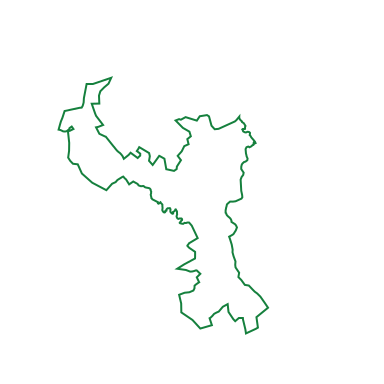 Wudil, Kano, Nigeria, rotated 145°
{"feature_id": "59680162B14541309037731", "entity_name": "Wudil", "entity_type": "district", "adm_level": 2, "iso_a3": "NGA", "parent_name": "Nigeria", "parent_adm1": "Kano", "projection": "natural_earth1", "projection_center": [8.871, 11.763], "detail": "fine", "context": "isolated", "style": "outline", "palette": "green", "viewbox_px": 384, "rotation_deg": 145, "n_neighbors": 0, "source": "geoboundaries", "source_scale": "gbopen_adm2", "svg_char_len": 5480}
<svg xmlns="http://www.w3.org/2000/svg" viewBox="0 0 384 384"><g transform="rotate(145 192 192)"><path d="M196.1,53.6L196.0,59.7L196.0,61.8L196.0,67.1L196.8,71.5L197.8,74.4L198.3,77.4L199.1,82.8L202.0,85.6L202.1,91.7L202.8,95.6L202.5,96.0L199.7,98.8L199.6,105.2L198.4,107.5L196.2,110.2L194.8,115.5L193.4,119.4L191.8,121.4L189.6,126.2L187.7,132.2L187.2,134.1L184.4,133.8L182.3,133.7L178.2,135.4L175.5,137.2L175.1,139.5L175.2,140.9L176.1,143.1L176.8,144.8L176.1,146.0L175.9,146.8L175.8,147.6L175.8,148.5L176.0,149.6L176.5,151.5L176.7,153.1L176.6,154.0L176.2,155.0L176.4,155.7L174.8,157.9L174.0,158.6L172.8,159.8L172.2,160.2L170.5,161.8L168.5,162.1L166.3,162.3L164.1,160.7L161.6,159.4L155.3,158.2L153.8,158.8L152.6,160.9L151.0,164.7L148.5,168.7L145.1,174.2L142.8,175.8L140.3,176.6L138.6,178.2L138.5,182.6L137.1,184.5L135.5,185.9L134.3,186.4L132.2,186.7L130.7,186.2L128.5,186.3L127.3,187.5L126.8,189.9L126.2,191.2L125.7,192.6L123.5,196.4L121.7,197.4L120.6,197.2L119.7,196.8L119.3,195.7L117.4,195.4L116.4,195.5L115.5,195.7L115.0,195.4L114.6,195.4L113.8,195.7L113.6,196.7L113.0,197.1L112.6,196.6L112.3,195.7L111.9,195.6L111.8,196.0L111.6,196.9L111.7,198.8L112.1,202.7L111.9,204.7L112.1,205.5L111.4,206.2L110.6,207.1L110.7,208.1L111.7,209.3L112.1,209.5L113.0,209.7L113.6,209.8L114.4,210.5L115.0,211.6L115.3,212.3L115.2,212.9L114.9,213.5L114.9,214.4L114.3,214.5L113.7,214.2L113.1,213.6L112.4,213.3L112.2,213.5L111.2,214.9L110.3,215.4L110.1,218.6L110.9,220.6L110.6,221.1L110.8,222.0L111.0,223.0L111.1,224.1L110.9,225.1L110.5,226.1L110.1,226.6L114.5,225.4L116.4,225.2L133.5,228.4L134.2,228.6L137.4,230.4L138.0,235.1L134.7,244.2L135.6,246.4L142.2,249.6L147.1,247.7L147.4,248.1L154.3,257.0L159.6,257.6L159.9,257.9L160.8,259.1L164.4,260.0L162.7,249.8L159.5,242.9L161.0,238.3L165.5,238.0L167.4,233.1L172.0,234.0L177.1,231.2L183.0,229.8L182.8,224.4L189.8,221.5L191.4,219.6L194.6,219.6L199.7,225.1L200.0,225.4L195.5,235.1L197.9,240.1L198.1,240.4L208.4,236.8L208.7,236.7L209.3,242.2L206.0,245.5L204.8,248.5L208.9,257.7L209.5,259.0L210.7,258.4L211.5,258.0L213.7,257.2L212.4,253.1L213.6,251.5L214.6,251.4L216.0,251.2L217.0,251.0L219.8,259.4L222.6,258.7L228.8,258.3L228.3,261.2L228.4,263.4L228.7,265.4L229.2,266.7L229.7,268.9L229.9,271.3L230.0,273.5L230.1,274.1L230.9,286.8L231.3,287.2L234.5,292.8L233.5,300.0L231.4,299.1L226.4,297.9L226.9,309.4L226.3,312.0L223.5,321.8L217.2,317.6L212.9,324.3L209.3,327.1L203.8,328.1L198.3,328.6L192.7,331.9L206.1,335.8L211.2,337.3L216.4,340.9L226.7,330.9L229.4,327.5L230.7,326.4L232.1,325.3L234.0,324.4L235.7,325.4L249.9,331.4L255.6,327.1L258.9,325.0L261.4,323.0L265.5,319.6L264.2,318.2L263.2,316.4L262.8,315.6L262.2,315.1L261.5,314.5L260.8,314.1L260.4,313.9L259.5,313.7L258.0,313.8L256.9,313.7L255.7,314.6L253.0,314.6L253.0,311.6L256.9,312.2L256.8,312.9L258.0,312.9L259.0,312.5L264.4,302.7L269.1,296.2L273.7,291.2L273.9,287.4L273.3,283.4L269.7,280.2L271.6,270.3L268.4,256.8L261.1,242.6L252.7,244.6L248.9,243.9L246.2,244.6L240.6,244.3L239.5,244.1L239.3,242.9L239.3,242.4L239.3,242.0L238.8,240.1L239.1,234.3L234.1,234.3L233.6,233.2L232.6,231.2L232.0,229.9L231.9,229.2L232.0,228.1L231.4,227.2L230.5,226.0L229.3,225.3L228.6,225.0L228.2,224.5L227.9,223.2L227.6,222.6L226.8,221.7L226.1,221.0L225.4,220.3L224.7,219.4L224.5,218.6L224.5,217.7L224.9,217.2L225.2,215.7L226.0,214.8L226.4,214.2L227.3,213.6L227.7,212.7L228.0,211.9L228.4,210.9L228.8,210.3L228.6,209.6L228.7,208.8L225.8,203.3L226.2,203.0L226.4,202.2L226.1,201.6L225.3,201.5L224.6,201.6L224.1,201.7L223.7,201.7L223.8,200.7L223.6,199.8L223.5,198.9L223.6,198.4L224.3,197.6L224.9,196.4L225.7,195.3L226.6,194.4L226.9,193.7L226.9,191.9L226.6,191.3L226.1,190.9L225.6,190.9L225.4,191.4L225.0,191.7L224.6,191.8L224.3,191.8L224.1,191.4L223.7,191.4L223.7,191.8L223.4,192.0L223.1,192.2L222.5,192.5L221.8,192.6L221.2,192.6L220.7,192.2L220.1,191.8L219.7,191.6L219.4,191.5L219.3,191.1L219.4,190.7L219.6,190.4L219.7,189.9L220.1,189.5L220.6,188.9L221.0,188.3L221.1,187.6L221.0,186.9L220.8,186.3L220.7,185.8L220.5,185.4L220.2,185.3L219.8,185.2L219.5,185.6L219.4,186.2L219.2,186.5L218.7,186.4L217.9,186.4L217.2,186.4L216.6,186.6L216.0,187.0L215.7,187.2L215.3,187.1L215.3,186.7L215.4,186.3L215.4,185.7L215.4,185.1L215.6,184.4L216.5,183.2L216.8,182.6L217.1,182.1L217.7,181.7L218.4,181.1L218.8,180.6L219.0,179.5L219.1,178.8L218.8,178.1L218.6,177.8L218.3,177.7L217.9,177.6L217.5,177.5L217.1,177.3L216.8,177.1L216.5,176.7L216.3,176.5L215.8,176.3L215.7,175.8L215.8,175.3L216.0,175.0L216.3,174.7L216.6,174.7L217.1,174.6L217.4,174.6L217.8,174.4L218.3,174.2L218.7,174.1L219.1,174.1L219.4,174.0L219.7,173.9L219.8,173.7L219.7,173.3L219.6,173.2L219.2,172.8L219.0,172.4L218.1,171.5L217.5,171.0L216.7,171.0L216.1,171.0L215.8,171.0L215.6,170.8L215.2,170.4L214.8,170.1L214.3,169.9L213.7,169.8L213.2,169.6L212.5,169.1L211.9,168.6L211.5,164.6L213.8,151.0L223.9,151.7L224.7,151.3L226.5,150.8L226.7,150.4L226.3,147.9L223.8,141.2L224.8,139.7L225.9,138.2L226.5,137.3L227.7,135.8L239.7,137.2L248.1,137.6L241.7,131.6L239.2,127.9L237.7,126.9L236.0,126.2L233.6,125.5L233.1,125.0L232.1,120.2L237.0,119.4L237.9,114.3L237.9,114.0L241.6,114.0L243.6,113.8L245.3,111.6L247.4,110.5L251.7,111.4L255.8,113.7L261.5,115.2L264.8,106.9L269.8,99.5L265.0,86.9L263.5,75.4L261.8,74.8L252.1,71.5L250.0,78.5L249.0,78.4L246.4,78.8L243.8,79.5L241.1,79.2L238.7,78.7L232.6,80.3L227.1,79.7L230.9,72.8L231.1,64.2L230.7,61.4L225.9,61.9L222.6,59.6L223.4,58.2L227.1,48.8L228.9,45.2L218.2,43.3L215.8,43.1L211.0,52.5L196.1,53.6Z" fill="none" stroke="#15803d" stroke-width="2"/></g></svg>